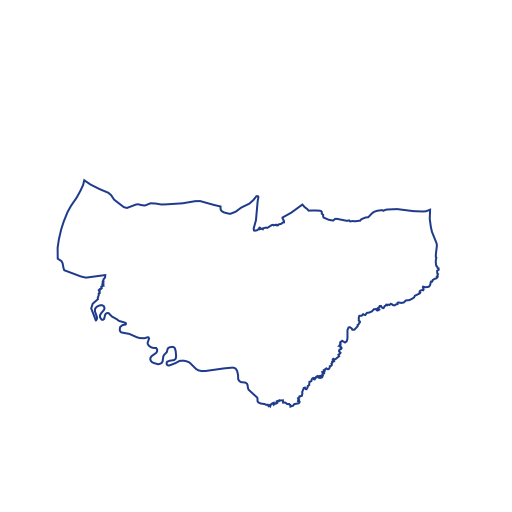 At Samat, Roi Et, Thailand (Mercator projection), rotated 151°
{"feature_id": "78962969B71289419444255", "entity_name": "At Samat", "entity_type": "district", "adm_level": 2, "iso_a3": "THA", "parent_name": "Thailand", "parent_adm1": "Roi Et", "projection": "mercator", "projection_center": [103.844, 15.828], "detail": "fine", "context": "isolated", "style": "outline", "palette": "blue", "viewbox_px": 512, "rotation_deg": 151, "n_neighbors": 0, "source": "geoboundaries", "source_scale": "gbopen_adm2", "svg_char_len": 6154}
<svg xmlns="http://www.w3.org/2000/svg" viewBox="0 0 512 512"><g transform="rotate(151 256 256)"><path d="M319.2,120.8L317.7,120.2L317.8,118.7L316.7,118.9L316.5,117.6L315.7,118.2L315.6,118.9L313.4,119.2L312.1,119.1L312.8,118.2L312.7,117.3L311.9,117.5L311.4,118.1L310.8,118.0L310.2,117.2L308.3,117.3L308.1,117.7L308.7,118.4L308.3,118.9L306.2,118.5L306.0,118.0L305.1,118.3L304.8,117.8L302.4,116.7L303.4,114.6L301.5,113.7L300.5,111.4L298.8,110.5L298.8,109.9L298.2,109.1L298.9,107.6L296.1,107.1L294.4,107.9L290.1,106.5L289.2,106.7L288.5,107.4L288.5,108.0L289.6,108.7L289.2,109.2L288.2,109.5L288.5,110.3L288.3,111.2L286.8,111.1L286.1,112.2L283.7,111.5L282.0,113.4L281.6,114.6L278.2,117.4L277.0,117.2L277.1,115.5L276.4,115.0L274.7,116.0L273.7,117.2L272.1,117.3L270.3,120.0L268.3,119.7L266.9,121.2L266.0,121.6L265.0,121.5L265.1,120.1L264.5,119.6L264.1,119.9L263.8,120.8L262.7,120.4L262.1,121.1L260.3,121.2L260.1,120.8L260.6,120.0L260.0,119.0L259.6,119.1L258.8,120.3L257.7,120.0L257.4,119.4L258.4,118.1L257.2,117.8L256.4,118.2L256.3,119.1L255.5,119.1L255.4,120.2L253.6,120.3L253.7,120.8L254.5,121.3L254.3,122.5L252.5,122.4L252.2,121.7L251.7,122.1L251.7,123.2L251.0,122.9L250.6,123.4L248.9,123.6L248.4,122.4L247.3,121.8L245.7,122.6L244.9,123.8L243.6,123.5L242.4,124.0L242.2,125.3L241.1,125.6L240.7,126.6L239.8,126.2L239.1,126.6L238.7,126.3L238.6,126.7L239.1,127.1L239.1,128.2L238.4,128.6L238.0,128.5L237.9,127.6L236.7,127.2L231.8,128.1L231.8,129.7L229.5,130.0L229.0,130.4L229.6,132.2L229.1,133.1L228.4,133.6L227.6,133.4L227.0,133.8L226.6,133.5L225.8,133.9L225.7,134.9L226.3,135.5L225.8,136.3L226.9,137.1L224.6,138.0L224.7,139.0L224.0,139.8L223.6,140.0L222.8,139.7L221.8,140.1L220.1,137.2L218.3,137.3L216.5,138.9L215.5,140.4L211.9,146.9L209.7,148.6L208.9,148.5L208.3,148.0L207.4,146.1L207.5,144.8L206.1,144.0L205.4,143.9L201.1,145.3L200.6,146.4L199.5,146.4L198.4,147.3L197.2,147.6L196.9,148.5L197.5,149.6L195.7,152.7L194.6,153.6L192.5,152.5L190.5,153.2L190.1,152.3L189.0,151.4L186.6,152.5L184.3,151.6L181.4,151.4L178.6,152.3L177.5,151.6L176.6,151.5L176.6,149.9L176.0,149.3L174.2,149.3L174.7,151.1L174.2,151.5L173.0,151.3L172.5,152.1L172.0,152.3L170.9,151.7L170.8,149.8L170.1,148.7L169.4,148.7L167.8,149.8L166.8,149.7L165.7,150.3L165.1,149.3L164.1,149.5L163.0,148.4L161.4,148.9L160.4,147.8L160.3,146.9L158.7,145.6L156.9,145.8L155.5,145.3L154.9,146.4L154.1,146.4L151.5,144.4L149.2,143.7L146.5,144.5L143.4,143.1L140.2,142.9L137.9,143.1L136.3,144.2L130.9,143.9L130.2,144.3L130.6,144.9L130.0,145.7L129.3,146.0L127.1,145.7L126.4,145.0L125.5,145.6L125.2,147.8L124.7,148.2L122.9,146.5L119.8,145.3L118.0,146.0L115.4,148.8L114.3,148.2L113.1,149.3L110.9,149.4L108.8,149.0L107.8,149.5L107.8,150.1L107.0,150.0L106.7,151.2L105.6,151.9L105.8,153.1L104.7,155.3L102.9,155.4L102.3,156.7L103.0,157.5L102.7,159.1L103.1,160.0L102.6,161.6L101.2,164.5L99.0,167.3L99.2,168.0L98.0,170.1L92.6,177.6L91.9,179.7L90.4,191.8L89.0,196.6L86.1,204.1L81.3,212.1L85.7,212.7L88.6,214.1L96.7,219.0L109.8,228.6L119.0,233.2L120.8,233.7L122.7,233.8L123.4,234.9L124.9,235.6L128.5,236.9L131.4,237.4L133.8,237.1L139.0,235.5L141.7,236.6L145.2,237.0L146.5,237.0L147.7,236.4L152.7,238.4L154.3,239.6L157.0,240.7L157.3,242.0L159.5,242.7L167.0,249.1L168.7,250.1L171.4,249.6L174.9,252.5L178.3,256.9L177.9,258.5L177.3,259.4L178.0,261.1L177.1,262.5L177.3,263.7L178.4,264.8L183.0,267.6L188.0,270.2L188.5,272.5L189.7,275.0L190.5,278.5L204.2,276.8L214.2,276.8L214.5,276.4L214.6,272.9L215.2,271.8L216.4,272.3L218.5,271.9L220.6,272.6L222.0,272.2L222.4,272.9L223.1,272.9L223.3,273.6L223.8,273.5L224.2,273.9L225.8,274.3L226.0,275.0L227.0,275.4L232.5,275.1L233.5,276.0L236.4,276.8L237.1,276.1L237.8,277.1L238.7,277.4L238.8,278.8L239.1,279.1L239.6,278.9L239.7,277.9L240.0,277.7L241.0,278.2L242.6,278.0L244.8,278.7L245.4,279.3L244.8,281.1L238.7,287.3L228.0,303.1L225.3,306.4L225.3,307.3L226.6,308.1L231.2,306.2L236.3,305.0L245.3,305.5L252.3,304.6L257.9,305.3L259.0,306.0L262.9,309.6L264.3,312.0L264.4,313.5L263.8,315.2L263.0,316.5L268.2,321.2L278.2,331.1L282.5,333.4L294.7,337.7L310.1,345.0L313.9,347.0L318.3,350.5L322.6,353.2L328.6,354.0L330.6,355.3L334.2,358.5L336.1,359.2L345.6,360.6L347.9,362.8L352.3,372.9L352.8,374.3L353.2,379.4L354.5,382.9L360.5,390.5L366.1,398.7L369.5,405.5L372.8,401.9L378.2,398.0L384.2,394.2L393.6,389.5L399.5,385.8L407.3,379.5L413.3,373.9L420.2,366.3L425.5,359.4L430.7,349.8L428.6,345.8L428.7,343.3L430.2,338.9L430.6,336.5L419.0,322.9L415.2,319.5L397.1,312.4L398.4,310.4L400.7,309.5L400.9,309.0L402.2,308.3L401.9,307.3L403.2,306.9L403.6,306.3L403.1,305.5L404.2,305.3L403.9,304.0L405.5,304.3L406.4,304.0L406.4,302.7L407.0,302.3L408.6,302.8L409.3,302.6L409.4,301.8L410.1,302.0L410.1,300.3L410.7,300.1L410.8,299.3L412.0,299.2L412.4,298.1L414.6,296.2L415.2,294.9L422.0,293.4L425.5,290.1L427.3,277.7L427.2,277.3L426.1,277.7L424.8,279.3L423.7,285.7L422.2,288.0L419.9,288.8L417.6,288.7L415.7,288.3L414.3,287.4L413.4,285.7L413.9,283.6L415.2,282.5L419.2,281.0L421.3,279.7L422.2,277.7L421.8,275.1L420.8,274.4L419.3,274.6L416.8,277.4L415.5,278.3L413.9,278.3L412.6,277.5L411.4,273.0L408.4,268.2L407.4,265.8L403.0,261.3L402.4,260.3L402.7,259.6L403.3,259.3L406.4,260.3L409.3,259.7L411.0,257.5L411.3,255.8L410.9,254.5L404.6,249.3L399.6,242.7L397.5,240.6L393.5,238.2L390.0,237.4L389.5,237.0L389.5,235.7L392.8,232.7L393.3,231.7L393.3,230.3L392.8,228.4L391.7,226.6L390.4,225.4L387.9,223.9L387.8,222.1L388.6,220.7L390.1,219.7L396.0,219.0L397.8,218.0L398.6,216.7L398.8,215.2L398.5,213.8L397.4,212.1L394.0,208.7L391.9,208.2L390.4,208.2L388.7,209.2L385.8,213.1L384.2,214.1L380.6,215.2L378.0,217.9L375.9,218.1L372.7,216.8L372.0,215.8L371.7,214.8L372.3,211.9L374.3,207.4L375.7,205.4L376.6,204.9L378.2,204.7L382.4,206.3L384.9,206.6L385.6,206.3L386.3,205.3L386.6,204.3L386.2,203.2L385.2,202.4L383.7,202.1L378.8,201.4L373.6,201.3L370.0,199.5L367.6,197.4L365.8,195.1L363.1,186.0L361.7,183.8L359.3,181.7L355.9,179.9L338.2,173.1L330.7,169.8L329.2,168.6L328.4,167.3L328.2,164.7L329.4,160.6L331.3,156.9L331.2,154.7L330.2,152.9L326.7,150.5L325.8,148.6L325.9,147.5L327.2,143.8L327.2,142.3L323.6,131.6L323.8,130.6L325.0,128.4L325.0,126.9L323.4,124.7L320.2,122.3L319.2,120.8Z" fill="none" stroke="#1e3a8a" stroke-width="2"/></g></svg>